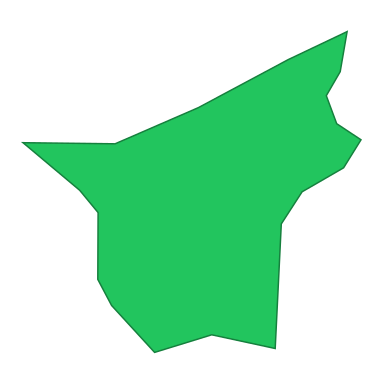 the County of Kibuku
{"feature_id": "UGA-5595", "entity_name": "Kibuku", "entity_type": "County", "adm_level": 1, "iso_a3": "UGA", "parent_name": "Uganda", "parent_adm1": "", "projection": "natural_earth1", "projection_center": [33.805, 1.052], "detail": "fine", "context": "isolated", "style": "filled", "palette": "green", "viewbox_px": 384, "rotation_deg": 0, "n_neighbors": 0, "source": "natural_earth", "source_scale": "10m", "svg_char_len": 364}
<svg xmlns="http://www.w3.org/2000/svg" viewBox="0 0 384 384"><path d="M275.2,348.5L211.7,334.8L154.6,352.4L111.6,305.5L97.8,279.4L98.1,212.6L79.7,190.3L23.0,142.7L115.1,143.8L198.2,107.7L288.2,59.6L347.1,31.6L340.2,71.7L326.3,95.7L336.7,123.7L361.0,139.8L343.6,167.8L302.1,191.8L281.3,223.9L275.2,348.5Z" fill="#22c55e" stroke="#15803d" stroke-width="1.5"/></svg>